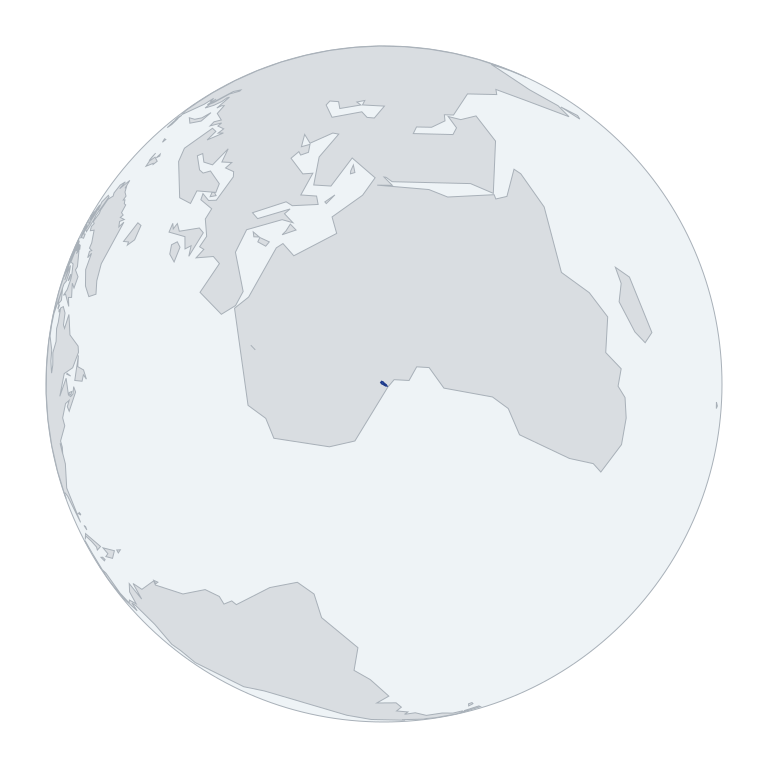 the Earth from above Plateau, rotated 311°
{"feature_id": "BEN-2179", "entity_name": "Plateau", "entity_type": "Department", "adm_level": 1, "iso_a3": "BEN", "parent_name": "Benin", "parent_adm1": "", "projection": "orthographic", "projection_center": [2.644, 7.082], "detail": "fine", "context": "on_globe", "style": "filled", "palette": "blue", "viewbox_px": 768, "rotation_deg": 311, "n_neighbors": 0, "source": "natural_earth", "source_scale": "10m", "svg_char_len": 9083}
<svg xmlns="http://www.w3.org/2000/svg" viewBox="0 0 768 768"><g transform="rotate(311 384 384)"><circle cx="384" cy="384" r="338" fill="#eef3f6" stroke="#a8b0b8"/><path d="M265.3,67.6L259.4,70.0L262.6,69.1L255.1,72.2L264.1,69.0L270.4,66.5L276.4,64.4L278.9,64.0L269.8,67.5L267.2,68.2L265.8,69.1L260.2,71.2L264.4,69.9L253.0,74.9L267.8,69.6L261.8,73.3L253.3,76.7L249.6,76.8L220.8,88.6L211.1,94.0L201.1,100.5L191.7,110.9L182.8,117.5L174.1,126.0L181.0,121.6L190.3,113.6L201.0,108.6L211.1,100.5L216.9,97.7L229.1,90.1L232.0,91.2L228.3,96.7L218.3,103.3L216.4,106.4L229.8,100.6L215.0,114.8L211.9,128.3L207.5,132.6L192.0,138.4L182.1,135.8L162.0,147.4L179.8,140.3L168.7,153.0L168.9,155.8L172.3,155.9L178.4,151.5L175.6,156.5L156.9,164.3L159.1,159.9L165.1,157.1L160.3,156.5L147.6,163.7L143.0,170.5L128.8,177.3L125.3,182.6L120.2,187.7L126.8,178.4L114.7,195.9L97.3,212.8L80.5,245.8L91.8,218.9L92.6,214.9L92.0,214.1L89.1,219.3L90.4,216.7L104.2,194.6L119.6,173.6L136.6,153.8L155.0,135.5L174.9,118.6L195.9,103.2L218.1,89.6L241.3,77.7L265.3,67.6ZM69.0,261.8L69.7,261.1L59.1,291.1L58.8,298.4L53.0,322.0L51.6,335.3L53.9,333.6L55.5,341.2L60.2,328.4L66.2,322.7L62.7,342.2L68.8,325.5L70.2,336.0L84.3,339.3L82.3,343.4L93.6,370.0L111.5,383.9L115.6,399.1L112.9,407.6L120.4,411.4L120.6,417.3L155.5,431.4L177.5,448.7L179.6,469.0L166.7,490.2L167.9,537.3L148.2,549.3L151.9,567.6L151.6,592.4L138.5,587.8L151.3,602.3L151.5,609.1L145.5,608.0L152.2,617.2L148.2,616.2L156.4,623.3L161.7,633.4L174.0,643.9L180.8,651.9L189.1,657.9L187.3,657.1L188.6,658.6L192.6,661.6L182.0,654.7L165.5,641.4L159.4,635.5L156.9,633.6L142.5,617.8L144.1,620.5L122.4,594.4L109.7,573.4L80.2,508.9L73.8,495.0L63.5,476.7L49.9,424.3L49.4,405.0L48.3,394.8L52.2,368.9L53.9,342.1L53.3,337.5L50.9,346.5L51.3,327.4L55.1,306.8L56.1,302.4L69.0,261.8ZM75.3,256.9L75.4,276.7L70.6,276.6L72.4,274.0L73.4,266.4L73.6,258.7L70.7,260.5L75.3,256.9ZM86.0,240.1L85.6,238.3L86.6,238.7L86.0,240.1ZM226.6,90.2L227.8,90.2L224.9,91.6L226.6,90.2ZM230.8,87.3L226.6,88.9L228.0,87.8L230.5,86.8L230.8,87.3ZM235.6,85.6L230.9,85.7L233.4,83.8L245.2,78.7L235.6,85.6ZM271.3,65.9L264.8,68.6L267.9,66.9L271.3,65.9ZM294.2,58.2L292.6,58.7L284.6,61.0L292.5,58.8L271.8,65.5L272.2,65.1L294.2,58.2ZM279.1,63.6L278.3,63.5L287.7,60.4L290.9,60.0L286.9,61.1L279.1,63.6ZM286.0,61.6L292.3,60.0L290.2,61.2L280.5,63.5L286.0,61.6ZM288.8,59.9L293.4,58.6L291.9,59.1L288.8,59.9ZM286.1,66.0L285.0,65.3L289.7,63.5L286.1,66.0ZM294.9,59.4L295.6,59.0L297.3,58.4L300.9,57.8L294.9,59.4ZM311.7,53.9L314.3,53.4L305.3,55.5L311.1,54.2L312.5,53.9L303.6,56.1L304.3,55.6L305.2,55.4L307.9,54.8L311.7,53.9ZM309.9,55.5L300.1,58.8L301.1,60.1L296.9,61.6L296.0,59.4L309.9,55.5ZM307.0,55.6L307.8,55.8L302.1,57.1L298.0,57.9L307.0,55.6ZM319.3,52.3L320.7,52.1L318.1,52.6L319.3,52.3ZM311.3,55.5L313.7,54.8L312.1,55.4L311.3,55.5ZM319.1,52.7L317.1,52.9L319.6,52.4L319.1,52.7ZM320.0,53.4L316.9,54.3L314.0,54.7L320.0,53.4ZM320.5,52.8L324.4,52.1L314.8,54.2L319.2,53.0L320.5,52.8ZM321.7,52.2L322.6,51.9L322.2,52.1L321.7,52.2ZM332.8,52.0L321.5,54.7L315.1,55.2L327.0,52.4L332.8,52.0ZM203.8,668.5L184.9,656.8L193.6,662.4L189.8,658.6L203.3,666.8L203.8,668.5ZM196.6,659.1L198.1,657.6L201.3,659.4L201.1,660.9L196.6,659.1ZM708.3,289.0L708.6,290.3L704.9,278.0L695.5,255.1L696.9,264.9L701.5,300.7L708.2,332.8L707.1,348.3L690.9,304.7L679.7,275.2L676.4,279.2L657.7,256.7L632.6,260.0L626.8,252.9L622.6,257.4L609.0,251.5L599.3,239.9L592.2,241.8L617.5,272.4L624.9,270.7L628.0,257.0L633.9,268.5L646.7,277.6L640.5,308.8L599.6,341.4L592.0,317.8L542.0,257.4L541.4,250.3L541.1,249.5L540.2,248.2L539.4,259.9L529.6,248.4L560.2,290.3L566.9,309.4L599.1,342.9L597.0,347.0L606.2,353.7L631.4,341.2L632.4,349.3L622.7,388.7L584.6,444.7L587.6,479.0L581.4,508.8L553.2,530.7L551.1,553.0L535.9,562.1L531.9,574.8L517.2,589.1L494.1,603.0L459.8,605.4L461.2,594.2L449.5,572.9L434.6,519.6L447.0,493.9L445.4,474.4L420.2,431.9L426.0,407.3L418.4,397.4L403.1,400.6L393.9,388.8L384.3,388.9L321.9,399.4L300.8,384.0L270.8,336.5L280.5,317.3L278.7,295.4L343.1,221.5L360.8,224.8L416.1,213.4L423.7,215.6L421.6,231.8L466.6,249.5L476.0,235.2L512.4,244.0L533.8,242.0L533.7,211.7L498.6,214.1L488.1,200.4L512.8,186.1L542.9,185.9L539.8,180.7L517.2,170.2L520.3,160.4L508.9,166.0L516.3,170.9L509.3,175.0L502.1,170.9L503.5,167.3L493.4,165.7L489.3,184.9L496.4,192.0L472.1,197.2L481.6,209.8L476.3,216.5L458.4,197.8L457.3,190.6L427.0,172.4L425.9,180.1L454.5,198.3L447.2,197.2L446.0,209.5L441.2,199.3L410.3,179.1L386.0,185.4L361.4,217.0L345.8,220.5L329.9,215.5L332.5,185.0L366.9,180.8L368.3,171.6L355.9,159.4L367.4,159.7L366.6,154.8L379.1,153.3L391.3,140.9L403.2,139.0L402.9,124.9L408.9,122.5L407.4,131.2L412.7,136.9L441.5,134.4L445.6,131.2L443.1,122.7L451.3,123.8L445.2,116.0L459.3,112.1L436.9,110.8L433.3,102.5L439.0,96.0L433.8,93.4L424.6,104.3L424.5,109.1L430.9,113.3L427.1,128.3L418.3,131.4L407.0,116.1L393.3,119.5L390.5,107.6L417.2,83.0L431.0,78.7L464.5,86.8L464.3,91.4L452.1,90.4L468.1,98.1L464.5,94.2L471.4,95.6L469.7,89.4L474.5,90.2L464.7,83.4L470.4,83.7L476.5,88.0L478.8,80.7L489.2,80.8L487.5,78.9L482.6,76.8L499.1,79.2L497.0,77.8L490.8,76.3L482.8,72.8L474.9,67.9L481.1,69.0L484.7,70.9L501.6,77.2L510.4,83.0L512.1,83.1L505.9,78.4L485.3,70.5L478.9,67.4L488.8,70.4L484.7,69.0L483.4,67.9L487.8,68.0L477.0,64.7L454.5,54.6L460.9,55.1L472.2,58.1L467.6,56.6L491.6,63.7L515.0,72.5L537.6,83.0L559.5,95.2L580.3,109.0L600.1,124.2L618.7,140.9L636.1,158.9L652.0,178.2L666.5,198.6L679.4,219.9L690.7,242.2L700.4,265.3L708.3,289.0ZM325.9,258.0L325.3,264.5L325.9,258.0ZM578.4,202.2L594.0,202.0L580.5,184.7L585.4,183.5L579.0,178.5L579.4,183.5L562.9,169.9L567.3,164.5L562.1,157.5L556.6,157.3L551.2,169.8L574.9,188.7L574.1,196.3L578.4,202.2ZM84.8,339.1L86.1,343.4L83.5,342.8L84.8,339.1ZM67.5,284.1L68.7,285.3L68.5,288.7L67.1,289.0L67.5,284.1ZM83.4,291.2L85.9,293.8L82.2,294.3L83.4,291.2ZM76.0,279.4L81.3,289.9L74.3,293.5L71.3,287.3L74.8,286.9L76.0,279.4ZM80.4,250.4L80.6,252.3L78.9,255.5L80.4,250.4ZM86.7,240.6L86.3,240.7L87.2,237.7L86.7,240.6ZM169.8,152.5L171.2,152.1L173.6,153.3L170.2,154.9L169.8,152.5ZM197.5,148.0L192.4,156.2L193.7,151.1L188.0,154.3L183.8,148.3L205.1,134.6L196.2,141.5L197.5,148.0ZM184.2,137.8L184.4,142.3L183.3,138.0L184.2,137.8ZM349.7,132.3L355.7,134.7L353.4,140.3L338.4,145.5L341.5,137.1L349.7,132.3ZM364.6,137.1L357.6,122.1L366.7,119.2L362.8,123.2L369.5,122.8L365.0,129.3L380.6,142.3L379.6,148.4L352.3,152.9L361.8,147.7L355.4,145.2L364.6,137.1ZM323.6,98.0L320.7,93.9L344.2,92.5L344.2,96.6L329.2,101.2L320.4,99.2L323.6,98.0ZM257.3,77.7L254.6,78.0L257.2,76.8L261.5,75.5L257.3,77.7ZM285.2,65.8L271.4,75.7L267.7,76.3L264.2,82.7L253.0,87.1L255.6,82.6L244.4,91.4L242.3,89.1L235.7,95.2L242.9,84.7L240.6,83.9L247.4,83.0L257.8,78.8L261.6,76.7L270.6,70.6L270.7,67.7L281.0,64.0L288.3,62.2L289.8,62.3L282.6,64.5L289.8,63.1L280.6,66.4L285.2,65.8ZM366.9,56.2L358.0,56.4L370.9,58.6L361.8,60.1L363.8,60.3L358.9,62.6L356.6,66.0L351.8,66.5L353.0,67.7L349.7,69.7L349.7,71.6L341.1,73.5L340.4,76.3L336.7,75.7L337.8,80.1L333.2,77.8L328.6,80.8L335.5,81.5L289.3,91.7L273.5,99.5L262.8,107.7L256.3,103.9L262.1,94.4L274.6,83.8L290.8,77.5L284.9,77.5L290.9,74.7L293.0,75.9L293.3,72.6L298.8,70.8L309.9,64.3L307.0,61.8L311.0,59.8L314.9,60.0L316.1,58.0L326.2,57.2L329.3,56.0L342.3,54.5L348.1,56.3L351.1,54.9L361.1,54.4L366.9,56.2ZM336.5,51.6L345.5,52.2L344.9,53.7L322.4,55.9L318.2,57.1L303.8,59.5L305.0,57.6L309.0,57.0L313.2,56.0L311.1,56.9L315.9,55.5L321.6,54.7L326.8,53.6L328.3,54.0L336.5,51.6ZM429.8,209.2L435.2,209.6L443.2,208.4L442.5,216.6L429.8,209.2ZM408.5,195.5L413.1,194.2L416.0,204.2L410.4,204.3L408.5,195.5ZM413.0,185.5L413.1,193.4L409.7,189.2L413.0,185.5ZM411.3,129.9L415.8,128.5L417.3,130.4L416.0,133.7L411.3,129.9ZM403.3,66.7L398.2,65.7L399.0,65.0L392.2,61.5L398.5,60.7L405.0,62.4L403.3,66.7ZM529.2,217.2L524.5,223.3L520.6,220.8L523.0,219.1L529.2,217.2ZM482.6,219.9L494.5,222.9L482.3,222.1L482.6,219.9ZM408.9,65.2L405.4,63.7L410.7,64.3L408.9,65.2ZM402.7,60.0L408.4,60.2L398.4,60.2L402.7,60.0ZM588.5,646.7L586.1,650.0L583.5,650.9L588.5,646.7ZM625.7,499.1L598.6,552.4L586.5,554.0L587.9,539.2L600.3,507.5L615.5,497.0L623.9,482.0L625.7,499.1ZM709.1,335.7L713.6,354.0L712.4,358.0L709.1,335.7ZM457.2,62.4L459.6,67.5L465.5,72.0L475.3,75.4L462.5,73.5L453.5,66.4L457.2,62.4ZM454.2,55.1L445.6,53.2L448.5,53.3L450.9,53.8L454.2,55.1ZM449.6,54.4L440.7,53.6L435.3,52.2L443.4,53.0L449.6,54.4ZM425.1,57.5L425.4,58.9L421.1,58.2L425.1,57.5Z" fill="#d9dde1" stroke="#a8b0b8" stroke-width="1"/><path d="M384.4,380.6L384.4,380.8L384.4,381.0L384.6,381.2L384.7,381.5L384.9,381.7L384.9,381.9L384.8,382.0L384.7,382.0L384.7,383.5L384.6,383.8L384.6,384.0L384.8,384.2L384.8,384.3L384.7,384.3L384.4,384.6L384.4,384.8L384.5,385.0L384.5,385.3L384.5,385.5L384.5,385.8L384.8,385.9L384.8,386.0L384.8,386.3L384.7,386.4L384.6,386.5L384.6,387.0L384.4,387.4L384.2,387.0L384.1,386.9L383.8,386.7L383.7,386.5L383.6,385.8L383.3,385.1L383.3,384.8L383.3,384.5L383.5,384.5L383.5,384.2L383.3,383.6L383.4,383.4L383.0,383.2L382.9,382.7L382.8,382.4L382.8,382.1L382.7,382.0L382.7,381.8L382.7,381.7L382.9,381.3L383.0,381.3L383.1,381.2L383.1,380.8L383.1,380.6L384.4,380.6L384.4,380.6Z" fill="#3b82f6" stroke="#1e3a8a" stroke-width="1.5"/></g></svg>